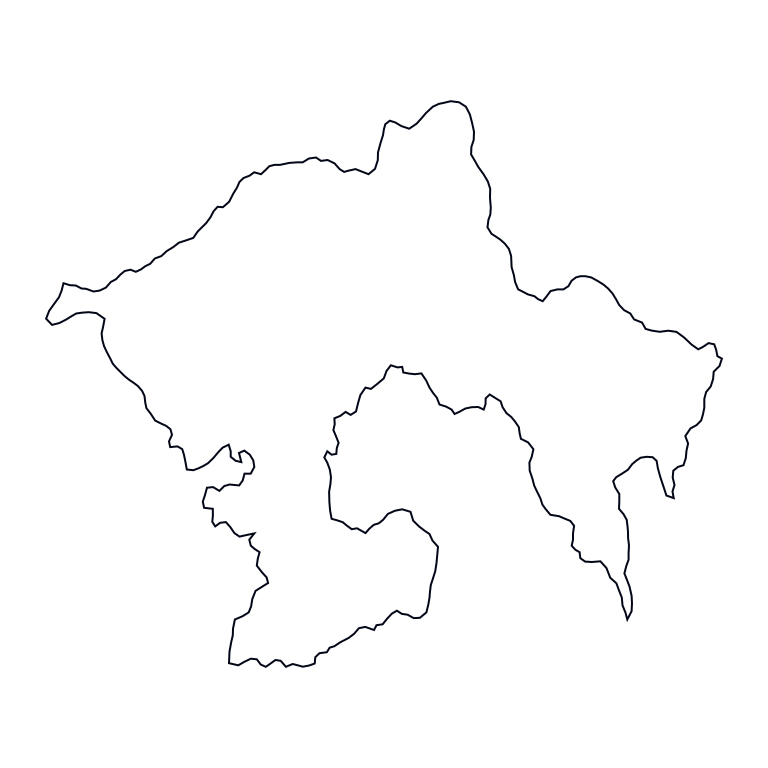 Paraopeba, Minas Gerais, Brazil (Natural Earth projection)
{"feature_id": "56859067B72424561041382", "entity_name": "Paraopeba", "entity_type": "district", "adm_level": 2, "iso_a3": "BRA", "parent_name": "Brazil", "parent_adm1": "Minas Gerais", "projection": "natural_earth1", "projection_center": [-44.448, -19.279], "detail": "fine", "context": "isolated", "style": "outline", "palette": "ink", "viewbox_px": 768, "rotation_deg": 0, "n_neighbors": 0, "source": "geoboundaries", "source_scale": "gbopen_adm2", "svg_char_len": 5651}
<svg xmlns="http://www.w3.org/2000/svg" viewBox="0 0 768 768"><path d="M630.3,313.5L624.0,310.1L619.2,305.0L616.0,299.2L612.5,293.5L608.3,288.7L603.5,284.6L597.9,281.1L591.4,277.5L585.4,276.2L580.6,276.2L576.1,277.3L571.6,280.7L568.4,286.2L563.4,289.4L557.3,289.4L550.5,291.1L546.5,296.5L542.7,301.2L538.2,299.2L534.4,296.2L527.9,294.4L523.4,292.0L518.1,289.3L515.1,282.0L513.9,275.2L511.6,267.1L511.1,255.9L508.9,248.9L504.9,243.7L500.3,239.6L496.3,236.9L491.5,233.8L487.5,227.3L488.4,219.9L490.3,214.6L490.8,207.7L490.0,197.9L490.2,188.8L487.8,181.4L483.7,174.5L478.2,166.8L474.5,160.2L471.1,154.5L471.4,146.9L473.7,139.9L474.0,131.7L472.2,123.4L469.9,114.5L465.9,106.7L459.1,102.3L450.8,101.2L444.5,102.7L438.8,103.9L432.8,106.7L426.0,113.0L421.5,118.3L416.6,123.7L409.2,128.7L401.4,126.1L395.4,122.5L389.8,120.7L385.3,124.2L383.9,129.3L383.0,135.2L380.5,143.1L378.0,152.4L377.8,160.2L375.0,168.9L368.5,174.2L361.6,171.5L355.5,169.1L348.8,170.6L344.1,171.9L339.6,169.1L334.6,163.4L327.6,160.0L321.0,160.9L316.0,157.5L308.9,158.5L302.8,162.3L297.7,162.3L289.3,162.9L279.9,164.9L274.3,164.9L269.3,166.2L265.8,169.8L261.0,174.2L254.2,172.3L249.5,175.7L243.5,178.0L239.5,181.9L236.9,187.8L233.4,193.4L229.1,201.8L222.9,207.2L217.6,206.8L213.6,211.2L210.5,217.2L206.1,223.2L202.3,226.9L197.7,231.5L193.3,237.9L187.2,240.0L178.9,242.7L173.1,247.2L166.7,251.1L161.3,256.1L154.8,258.5L150.2,263.8L145.3,266.2L140.8,269.5L135.8,271.8L130.5,269.7L124.7,271.0L120.4,274.6L115.9,279.3L110.9,281.9L105.9,287.6L99.6,290.6L93.5,291.5L86.1,288.8L81.5,288.5L75.8,285.5L69.9,285.2L63.5,283.2L61.6,290.6L58.9,297.4L53.9,304.2L49.2,310.8L46.1,318.7L52.1,324.9L59.4,323.0L65.9,319.7L71.2,316.4L76.2,313.5L82.6,312.6L88.8,312.2L96.4,313.1L104.6,318.8L103.1,326.8L101.6,333.4L102.4,340.2L104.1,346.3L107.1,352.6L110.4,358.8L112.7,363.6L116.2,367.7L120.7,372.2L124.3,375.8L129.0,379.7L133.5,382.7L138.0,386.1L142.1,390.9L144.5,396.0L145.3,402.8L146.4,408.1L150.9,414.0L155.2,420.6L161.6,423.8L166.2,425.9L170.4,429.2L172.0,434.8L169.0,441.4L170.2,447.1L177.5,446.4L182.2,449.1L183.9,454.5L185.3,461.2L186.8,469.5L193.3,470.2L198.3,468.4L203.3,466.0L207.9,463.3L213.1,458.3L218.9,451.5L222.7,447.6L228.7,444.7L230.7,451.3L230.7,456.8L235.7,460.8L241.3,462.1L239.0,453.0L244.3,450.6L249.8,454.7L253.3,460.4L254.3,467.0L250.7,473.7L244.5,473.7L242.7,480.5L239.2,485.4L234.5,485.0L229.7,484.5L224.3,486.0L219.4,490.9L213.1,487.1L207.0,487.7L204.8,495.7L202.8,501.6L204.1,507.8L212.8,508.8L212.9,515.6L212.3,521.8L215.2,526.4L220.1,522.8L225.9,522.1L230.4,527.2L234.4,533.1L239.5,536.6L245.3,535.3L254.3,533.4L249.3,539.7L250.8,545.7L254.8,549.1L259.6,552.2L257.8,558.6L256.8,565.6L261.8,572.1L266.6,577.4L268.1,583.0L263.1,586.1L255.6,590.8L252.3,599.0L251.1,606.4L248.7,612.4L242.6,616.2L234.9,619.5L233.0,628.7L232.8,635.3L231.2,642.2L229.5,651.5L229.0,663.2L238.3,665.3L244.2,661.9L250.8,658.7L256.8,659.3L260.8,664.6L265.8,666.8L270.6,663.5L275.4,660.0L280.7,660.8L285.9,666.8L292.7,664.0L297.4,665.2L302.8,666.7L309.2,665.5L314.7,663.5L315.3,657.2L319.5,653.2L326.9,652.2L329.6,647.7L334.4,646.2L340.4,642.2L348.7,637.9L354.2,633.7L358.9,628.2L365.3,626.9L374.0,630.0L376.5,625.2L382.6,624.3L387.1,618.7L391.9,613.6L396.9,610.7L401.9,613.9L407.6,614.7L413.7,618.1L419.9,617.8L426.4,612.4L428.3,604.7L429.5,597.6L430.0,591.6L430.8,585.1L433.0,578.3L435.2,571.4L436.5,563.1L437.3,554.5L438.0,546.8L432.5,540.6L429.5,534.0L425.4,531.3L419.2,526.6L413.2,520.7L410.5,511.8L402.2,509.3L394.8,510.8L387.9,513.9L383.1,519.8L378.8,523.3L373.8,524.8L369.3,528.7L365.5,533.1L357.0,528.3L351.7,529.2L347.1,525.8L342.7,522.2L337.1,520.3L331.6,518.8L330.1,510.6L329.4,502.3L329.1,491.9L330.4,484.1L331.0,477.3L329.8,469.5L327.3,462.7L324.3,457.4L327.3,451.3L331.6,454.7L336.3,453.9L336.8,448.1L338.6,442.8L336.4,437.2L333.4,430.1L334.7,424.2L334.4,418.3L340.3,415.9L345.6,411.9L350.6,414.9L356.0,411.5L358.2,402.6L360.4,395.0L365.5,387.6L370.9,388.9L376.7,384.4L383.8,378.4L386.5,371.0L390.8,365.3L397.6,367.4L402.2,366.9L403.3,372.5L409.4,373.6L414.9,374.2L421.4,373.4L426.2,380.5L429.5,387.6L433.1,393.0L436.8,397.7L439.5,404.5L446.1,406.6L451.6,409.6L454.6,414.0L459.2,411.9L465.4,408.5L471.7,407.2L478.2,407.0L483.7,409.6L485.5,404.3L485.7,398.3L489.7,394.5L494.8,397.7L500.6,401.3L502.6,407.2L506.5,413.2L511.3,417.0L515.0,421.5L518.8,427.1L519.6,433.1L520.9,438.8L528.1,442.4L533.4,449.2L531.8,456.6L529.4,462.7L529.7,470.7L532.4,478.6L534.2,485.6L536.9,491.3L540.4,498.4L542.4,504.6L545.4,508.8L550.4,514.8L559.0,516.2L565.1,518.8L570.3,520.9L574.1,525.8L573.0,533.4L573.0,539.7L571.7,545.7L575.3,549.7L579.6,552.2L580.3,558.1L585.1,561.6L591.9,562.0L600.4,561.3L606.5,568.1L610.2,577.7L616.4,583.3L619.0,590.4L621.8,597.5L622.5,605.3L625.5,612.7L627.3,619.5L631.6,611.2L632.0,603.3L631.6,595.8L629.5,586.5L626.7,579.2L624.4,573.4L626.3,566.0L628.6,559.6L628.6,552.7L629.0,545.3L628.1,538.2L628.0,531.7L627.5,526.2L626.7,519.8L623.5,514.1L619.0,508.8L619.3,501.1L619.3,494.0L615.2,487.4L613.2,481.1L616.3,477.1L621.8,473.8L628.0,469.7L632.1,464.2L636.1,460.8L640.6,457.7L646.6,456.8L652.6,457.2L656.6,460.8L657.9,468.4L660.4,477.3L663.5,486.6L666.4,495.5L673.7,498.1L672.5,491.5L674.5,485.0L672.7,477.6L673.3,470.7L678.0,466.9L683.5,465.2L685.8,458.1L686.5,450.6L688.1,443.5L685.3,436.1L690.5,428.4L696.6,425.1L701.2,420.4L702.9,414.6L704.3,407.9L704.3,398.9L706.1,392.1L710.7,386.5L713.1,379.0L713.7,371.7L719.5,366.0L721.9,358.6L717.4,356.2L716.2,349.9L714.2,344.3L708.6,343.1L702.8,347.0L698.2,349.3L691.6,344.6L684.1,337.5L676.5,331.9L668.4,330.7L659.7,331.8L651.7,330.6L645.6,328.9L642.1,322.6L634.1,319.4L630.3,313.5Z" fill="none" stroke="#020617" stroke-width="2"/></svg>